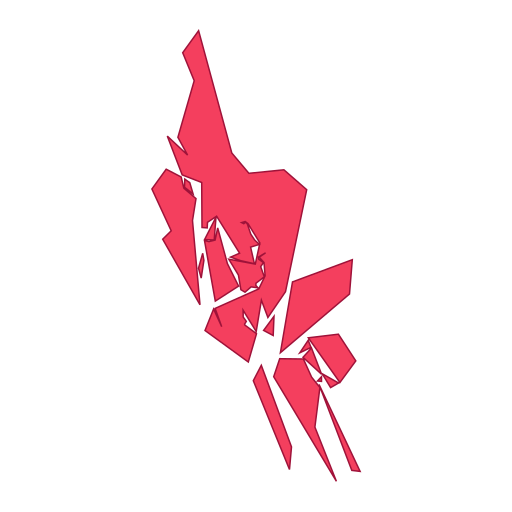 Sittwe, Rakhine, Myanmar (Robinson projection)
{"feature_id": "60261553B78069071602625", "entity_name": "Sittwe", "entity_type": "district", "adm_level": 2, "iso_a3": "MMR", "parent_name": "Myanmar", "parent_adm1": "Rakhine", "projection": "robinson", "projection_center": [92.892, 20.402], "detail": "medium", "context": "isolated", "style": "filled", "palette": "rose", "viewbox_px": 512, "rotation_deg": 0, "n_neighbors": 0, "source": "geoboundaries", "source_scale": "gbopen_adm2", "svg_char_len": 1884}
<svg xmlns="http://www.w3.org/2000/svg" viewBox="0 0 512 512"><path d="M167.3,136.1L182.2,174.9L201.7,182.5L202.0,227.5L207.2,227.9L207.5,222.3L216.6,216.2L239.6,253.2L230.6,257.1L240.5,260.6L254.4,263.7L250.6,247.1L259.4,244.4L254.8,240.2L250.8,234.2L247.3,223.9L245.6,222.2L243.8,223.7L241.6,222.6L245.2,221.5L248.0,223.6L259.9,243.0L255.3,264.1L228.8,259.2L238.4,275.0L240.9,289.7L245.0,292.2L251.1,286.9L258.0,287.8L255.8,285.4L256.0,283.2L264.3,276.8L260.7,266.7L263.4,262.6L258.7,259.2L258.5,257.0L265.6,252.8L259.2,257.2L264.0,262.5L265.1,275.8L258.8,288.9L215.1,308.4L221.7,326.7L213.6,309.0L205.0,330.5L248.3,362.0L256.5,333.7L244.9,325.1L244.6,324.1L246.3,321.4L243.2,317.0L243.1,310.2L256.2,331.5L261.4,300.2L267.9,317.5L285.5,291.7L306.7,189.7L283.9,169.8L248.9,173.3L231.8,153.0L198.6,30.7L182.7,52.7L194.2,80.7L177.9,137.3L187.6,155.1L167.3,136.1ZM352.3,259.7L292.5,281.9L280.4,352.7L349.5,294.0L352.3,259.7ZM171.2,230.8L162.7,239.2L200.0,304.8L192.5,220.5L196.0,198.6L183.8,188.2L181.2,177.0L166.2,169.2L151.9,189.0L171.2,230.8ZM279.7,358.7L273.7,376.7L336.4,481.3L314.9,427.1L319.9,387.5L311.6,377.1L303.4,359.0L279.7,358.7ZM227.4,263.6L217.7,227.9L215.1,240.1L209.0,241.6L204.5,240.6L215.3,301.1L238.6,286.1L227.4,263.6ZM338.4,334.2L308.3,337.8L339.9,382.5L355.8,360.9L338.4,334.2ZM261.3,365.3L253.3,380.7L289.5,469.5L291.5,446.9L261.3,365.3ZM360.1,471.4L319.0,384.4L351.8,470.4L360.1,471.4ZM303.0,357.3L321.6,374.3L311.5,348.0L303.0,357.3ZM214.2,240.0L216.0,217.2L204.6,239.5L214.2,240.0ZM263.6,330.4L273.2,335.5L274.0,316.3L263.6,330.4ZM330.6,387.6L338.6,383.0L322.3,373.8L330.6,387.6ZM201.2,278.1L203.9,260.4L202.7,253.3L198.5,268.2L201.2,278.1ZM299.8,352.8L311.0,347.4L308.2,340.3L299.8,352.8ZM193.1,194.0L189.8,182.7L184.8,179.1L184.5,187.2L193.1,194.0ZM317.5,381.0L321.5,381.4L321.5,376.7L317.5,381.0Z" fill="#f43f5e" stroke="#9f1239" stroke-width="1.5"/></svg>